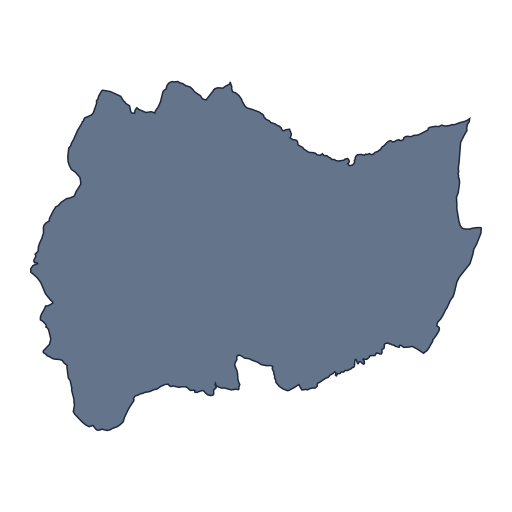 Pulí, Cundinamarca, Colombia
{"feature_id": "7082276B22739644455083", "entity_name": "Pulí", "entity_type": "district", "adm_level": 2, "iso_a3": "COL", "parent_name": "Colombia", "parent_adm1": "Cundinamarca", "projection": "albers", "projection_center": [-74.663, 4.689], "detail": "fine", "context": "isolated", "style": "filled", "palette": "slate", "viewbox_px": 512, "rotation_deg": 0, "n_neighbors": 0, "source": "geoboundaries", "source_scale": "gbopen_adm2", "svg_char_len": 5973}
<svg xmlns="http://www.w3.org/2000/svg" viewBox="0 0 512 512"><path d="M423.6,353.3L424.6,352.3L426.6,351.0L428.1,349.2L432.6,341.4L432.9,339.7L436.1,335.6L438.8,331.1L439.4,329.1L439.1,327.4L436.9,325.8L437.1,323.7L437.7,322.2L440.8,318.8L443.0,315.1L445.4,310.2L447.0,307.8L450.4,300.2L453.1,296.5L454.3,292.8L456.9,281.9L459.3,277.1L470.0,263.6L472.9,254.2L473.8,249.2L476.5,244.4L480.9,233.3L481.3,228.2L480.8,227.6L477.1,227.6L471.9,228.3L470.2,229.0L465.9,229.1L463.5,228.7L461.9,227.9L460.2,225.5L458.9,221.1L456.7,207.9L456.9,206.2L456.5,197.0L458.2,192.9L459.6,182.5L459.2,178.7L458.4,177.7L458.6,175.4L458.0,173.6L458.7,171.7L458.3,168.0L459.1,161.9L460.6,142.4L463.9,135.8L467.0,130.4L466.7,128.4L467.3,124.5L469.2,121.8L469.7,118.6L467.4,120.2L465.0,121.3L459.3,122.8L454.8,124.6L451.6,124.7L449.6,125.5L445.0,126.1L441.7,125.1L439.0,126.6L435.6,126.3L429.9,127.3L428.4,128.2L428.1,129.6L427.5,130.2L418.6,134.8L416.1,135.3L413.9,135.3L411.2,136.7L407.1,136.3L405.4,136.7L403.9,137.7L403.3,139.6L401.1,140.6L399.3,140.4L399.1,139.8L398.6,139.7L395.8,140.6L394.6,141.7L392.6,141.8L390.6,140.6L388.9,141.1L386.7,142.8L384.3,145.5L382.0,147.1L380.3,149.7L379.1,150.2L378.0,151.4L375.5,152.2L372.4,154.6L370.9,154.5L369.4,153.6L367.1,154.5L365.5,154.2L364.5,155.2L360.9,154.4L357.4,154.8L356.0,156.1L355.2,157.6L355.3,159.1L354.4,160.4L354.5,162.4L354.1,163.5L352.5,165.0L349.6,165.7L349.0,165.4L348.3,163.9L347.6,163.7L348.8,162.7L349.3,161.5L349.0,160.2L347.7,158.5L345.0,159.1L343.9,160.2L338.4,161.0L336.2,160.7L334.2,159.5L331.7,159.5L330.7,158.2L328.4,157.0L326.9,155.7L323.9,155.5L322.4,153.7L320.3,155.3L317.0,154.8L315.4,153.2L312.1,152.5L309.0,152.4L303.9,149.1L302.7,147.5L298.0,144.9L297.6,142.0L296.8,140.5L295.3,139.9L293.1,139.7L290.1,137.9L291.2,135.2L291.3,133.9L289.5,129.2L285.7,129.8L283.9,130.7L282.6,130.5L281.7,129.3L281.2,127.9L279.4,126.2L276.5,125.1L275.6,124.1L270.7,122.5L269.4,120.9L266.0,119.3L263.9,116.8L263.8,115.9L263.0,114.6L258.9,111.9L250.4,108.8L247.4,108.1L246.1,107.2L244.6,105.6L242.0,100.9L241.6,99.3L238.8,95.4L235.5,92.7L232.5,91.8L231.6,88.3L231.8,86.7L230.1,81.9L229.9,83.4L229.0,84.5L225.8,86.0L223.0,88.1L217.6,87.8L214.7,88.8L214.5,89.4L213.6,89.8L213.0,91.1L206.0,100.0L202.3,98.8L200.5,95.8L194.5,91.8L192.7,89.3L190.1,87.0L185.9,85.7L182.8,83.6L179.7,82.8L177.9,81.5L174.6,81.9L172.5,81.6L170.5,82.1L168.7,83.2L167.4,85.0L166.7,86.3L166.2,88.9L164.2,90.2L163.0,91.6L160.4,102.1L157.8,107.8L156.6,109.0L155.2,111.5L154.8,113.0L151.3,111.7L146.0,112.5L139.2,109.6L136.8,107.8L135.2,110.0L134.5,113.2L131.9,113.0L131.2,112.5L130.7,111.0L129.5,105.8L126.0,103.6L124.9,102.0L123.5,100.9L120.7,96.3L110.5,91.6L102.6,90.2L101.6,91.0L98.7,96.0L98.0,98.7L96.4,101.0L96.7,103.2L93.3,112.8L91.3,115.1L84.5,118.0L83.3,121.1L82.3,121.8L82.0,123.1L77.5,130.5L73.6,139.4L71.3,143.6L70.6,146.0L68.8,147.8L67.8,156.5L68.1,161.8L69.3,165.4L71.4,169.4L75.4,172.2L79.9,177.4L80.6,181.2L80.7,184.3L75.8,192.1L75.0,194.5L74.0,196.3L69.2,198.2L66.8,198.5L61.0,202.4L58.2,205.7L55.8,206.8L53.0,211.3L49.6,218.2L49.1,221.0L45.8,223.1L44.2,225.0L43.4,227.3L43.5,233.2L42.3,236.4L42.0,238.0L39.6,243.1L38.4,246.8L38.2,250.7L37.1,252.3L35.1,254.1L35.7,255.5L35.7,256.7L33.9,260.1L33.8,261.3L34.7,262.8L36.5,262.5L37.2,262.9L37.6,263.7L32.8,265.6L30.7,268.9L30.8,272.1L37.0,277.5L39.8,281.1L41.0,283.1L45.5,293.8L50.4,299.9L52.6,302.0L52.8,303.0L51.1,304.2L48.0,305.8L45.6,306.0L44.2,309.3L41.5,314.0L40.4,317.1L40.4,319.9L42.7,321.2L45.8,324.5L46.3,326.0L45.9,327.0L47.3,327.8L48.6,329.8L50.8,339.0L49.5,344.3L43.3,350.9L43.2,352.0L43.6,352.8L45.4,353.8L47.1,355.7L50.8,357.4L52.2,358.4L54.4,359.1L59.6,359.5L62.4,360.5L63.8,362.7L67.2,365.6L66.9,367.0L68.3,377.9L70.2,380.7L71.8,388.2L71.6,390.0L73.9,399.1L74.0,402.9L74.5,404.6L73.3,411.7L74.9,414.4L82.5,422.3L86.0,425.1L89.2,426.7L92.9,425.4L96.2,429.6L97.8,430.2L99.1,430.2L101.9,429.2L107.3,430.5L110.0,429.8L112.7,428.3L117.1,426.8L119.9,424.9L123.3,421.7L124.3,417.8L128.0,410.0L129.9,406.6L133.7,401.0L134.0,399.4L133.5,398.3L135.0,396.1L138.7,394.8L140.4,393.7L142.2,393.6L144.8,392.4L149.6,391.6L154.2,389.6L157.3,388.9L160.9,386.3L165.2,384.4L168.3,384.2L169.4,385.8L171.0,386.6L172.8,385.9L178.9,387.3L181.8,386.8L185.7,386.8L187.3,387.6L190.3,390.4L194.6,390.2L194.9,390.5L194.6,391.9L195.3,392.4L197.3,392.3L200.2,391.1L202.9,390.5L204.0,391.1L205.2,392.7L207.6,394.8L210.6,395.6L213.0,395.1L213.4,394.6L213.7,393.8L213.6,390.1L216.1,387.8L216.0,386.5L215.1,384.6L215.4,383.5L216.4,386.0L220.3,387.7L222.0,388.1L224.4,388.0L231.3,389.9L235.9,389.2L238.5,389.6L238.8,389.2L238.8,387.2L239.8,384.5L238.6,382.0L237.9,379.0L237.5,373.3L236.9,370.5L235.1,366.3L234.8,364.5L235.1,362.9L236.9,359.6L236.7,356.6L238.2,355.1L238.8,355.5L239.5,355.1L241.1,355.8L244.6,358.1L249.5,358.8L252.0,360.2L257.6,362.2L261.2,364.6L266.6,365.7L270.1,365.5L272.3,366.2L272.7,366.6L272.2,368.7L273.8,372.2L273.8,373.7L274.7,376.1L274.6,378.0L275.7,380.2L276.0,382.5L279.4,386.5L282.8,388.8L287.5,390.7L288.6,390.5L294.2,387.6L298.7,384.6L301.9,390.0L305.9,389.4L307.5,389.9L309.9,388.6L312.9,388.0L315.1,388.1L317.2,386.2L317.3,384.0L317.9,383.0L319.4,382.5L325.2,378.5L328.5,377.1L330.0,375.1L333.2,373.4L334.7,371.8L335.7,372.3L335.6,375.4L336.5,375.8L337.3,373.8L340.0,373.5L341.2,372.1L343.7,372.0L345.0,370.5L347.9,370.5L349.2,369.5L351.5,368.6L352.2,367.5L353.6,367.3L354.5,366.0L354.7,361.4L355.1,360.0L355.6,359.4L356.3,359.7L357.5,363.6L358.2,363.6L359.3,361.8L359.8,361.7L360.7,361.9L362.7,363.7L363.8,364.2L364.5,363.1L364.2,360.9L363.0,359.6L363.1,359.1L366.3,359.4L367.1,359.1L368.8,357.7L370.0,355.7L375.0,355.5L376.4,353.1L378.5,353.2L379.6,354.0L381.3,353.9L382.0,352.8L381.9,349.8L382.5,349.1L383.7,348.7L384.3,347.1L384.4,344.3L385.5,343.4L388.3,343.1L389.5,344.0L390.9,344.0L391.6,344.7L394.0,345.2L395.1,346.2L398.9,347.2L399.3,347.1L399.8,345.3L401.0,345.4L403.8,347.4L408.6,347.1L412.1,346.4L417.5,349.2L423.6,353.3Z" fill="#64748b" stroke="#1e293b" stroke-width="1.5"/></svg>